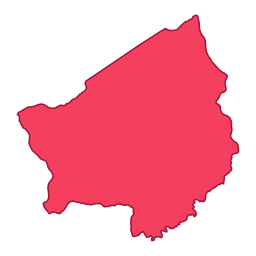 Aparecida do Rio Negro, Tocantins, Brazil
{"feature_id": "56859067B11960662849722", "entity_name": "Aparecida do Rio Negro", "entity_type": "district", "adm_level": 2, "iso_a3": "BRA", "parent_name": "Brazil", "parent_adm1": "Tocantins", "projection": "albers", "projection_center": [-48.002, -9.977], "detail": "fine", "context": "isolated", "style": "filled", "palette": "rose", "viewbox_px": 256, "rotation_deg": 0, "n_neighbors": 0, "source": "geoboundaries", "source_scale": "gbopen_adm2", "svg_char_len": 3901}
<svg xmlns="http://www.w3.org/2000/svg" viewBox="0 0 256 256"><path d="M227.3,75.7L224.4,73.2L222.3,72.2L220.7,71.0L217.8,68.4L213.8,63.8L211.3,61.0L210.5,58.9L208.7,56.8L206.4,51.8L205.6,46.3L205.3,40.9L204.1,37.7L201.1,33.9L200.4,31.9L199.8,30.2L199.5,28.1L199.1,22.5L197.9,17.0L197.1,15.4L195.0,15.5L192.9,16.8L191.8,19.2L189.8,19.4L187.6,21.4L185.5,21.6L182.5,24.3L180.9,25.8L179.7,27.0L178.7,28.2L176.9,29.8L173.3,30.4L171.5,30.6L168.5,30.2L165.2,28.5L140.0,44.6L85.5,81.5L85.2,83.9L86.6,87.3L86.0,89.4L84.2,91.3L82.3,92.3L81.2,93.6L79.4,94.5L77.0,97.2L75.9,98.3L72.4,99.6L70.8,101.2L68.6,103.5L66.5,103.6L65.2,105.2L63.6,105.8L62.0,105.2L59.9,105.4L57.5,106.6L54.8,108.4L52.9,108.1L51.1,108.2L48.1,107.3L46.2,105.9L44.3,104.8L41.7,104.0L39.5,104.4L37.2,105.0L34.8,106.1L31.6,106.8L28.8,107.0L26.5,107.8L25.1,108.8L23.2,109.8L21.9,110.8L18.4,112.5L17.5,114.7L18.9,115.7L19.5,117.3L19.5,119.0L19.2,120.8L20.4,121.9L20.8,124.1L22.4,125.9L22.9,127.7L25.1,128.8L26.5,130.1L27.9,132.0L29.3,134.3L29.6,135.9L29.4,138.3L29.3,140.3L29.0,143.0L29.8,145.4L30.6,147.0L31.4,148.6L32.2,150.3L33.8,151.8L35.5,153.2L37.1,154.7L38.4,156.1L39.9,157.9L41.7,159.5L43.8,160.1L45.8,161.1L46.9,163.1L47.4,164.8L47.9,166.9L48.8,168.8L50.2,170.4L51.4,171.6L52.2,173.5L53.0,175.4L52.8,177.3L52.0,179.1L50.7,180.8L49.5,182.2L48.6,183.9L48.2,185.6L47.9,187.6L48.2,190.2L48.5,192.6L48.7,195.4L48.6,198.2L47.6,200.5L46.3,201.8L44.6,202.2L43.2,203.5L43.9,206.4L45.3,208.6L49.4,213.8L51.4,212.6L53.1,212.0L55.3,212.3L57.1,213.0L58.7,213.6L60.4,213.3L61.7,211.7L63.8,210.3L65.3,208.0L66.4,206.3L67.6,204.3L69.1,202.3L70.6,201.6L73.0,201.1L74.7,201.4L76.4,202.1L78.3,202.2L80.2,202.9L82.4,203.4L84.1,203.5L85.6,204.1L87.3,204.3L88.9,204.5L91.1,204.8L93.7,204.0L96.4,203.6L98.7,203.7L100.4,203.5L102.3,205.1L104.3,206.8L106.4,206.5L108.2,206.6L110.0,205.9L112.7,205.3L115.3,205.7L116.6,204.1L118.4,203.9L120.2,204.3L122.7,204.7L124.1,205.4L125.7,205.1L127.5,204.9L129.4,205.5L130.8,206.9L132.6,207.4L133.6,209.5L133.2,211.8L134.1,213.4L133.2,215.0L132.1,216.2L131.3,217.6L131.0,219.6L130.8,221.7L130.7,224.0L131.4,225.8L131.0,228.2L130.9,230.8L131.7,232.8L132.1,234.6L133.0,236.3L134.7,236.3L136.6,235.8L138.8,235.2L139.7,233.8L141.0,232.8L142.6,231.6L144.3,233.2L145.4,235.3L146.8,237.2L148.7,236.9L150.8,235.7L152.5,237.3L151.5,239.0L151.9,240.6L154.1,240.1L154.7,238.0L156.4,236.7L158.0,236.7L159.7,236.9L161.5,237.7L162.3,235.5L161.5,233.5L160.9,231.9L161.7,230.4L163.2,230.8L164.9,231.6L166.9,231.7L166.6,229.5L165.2,228.2L166.0,226.7L168.3,226.8L170.3,228.4L172.9,228.6L175.1,226.9L176.7,226.6L178.0,224.7L179.7,224.4L179.5,222.6L181.0,222.1L183.1,221.5L185.1,220.7L186.7,219.6L187.1,217.1L188.3,215.2L189.9,214.9L191.5,214.9L193.0,214.3L194.3,216.6L195.7,215.6L196.3,213.6L195.4,211.4L194.2,210.0L192.9,208.7L194.2,207.0L192.4,204.5L193.7,203.6L195.0,202.4L193.7,200.7L194.9,199.7L197.1,199.7L198.9,200.5L200.0,201.7L201.6,200.8L203.5,201.7L204.8,200.7L205.3,199.0L205.6,197.2L205.5,195.6L206.4,193.3L207.6,191.5L209.4,191.5L211.0,189.8L213.2,188.3L215.2,187.1L217.2,185.5L218.9,184.7L220.6,184.0L222.1,183.0L223.5,183.8L223.7,182.0L224.2,179.8L224.3,177.5L224.4,175.8L226.0,175.0L227.3,173.7L229.2,172.6L230.3,171.0L231.6,169.9L231.6,167.8L230.6,166.3L230.8,164.6L231.5,163.1L230.7,160.6L231.4,159.0L231.9,157.0L231.6,155.3L233.4,153.9L235.4,153.4L237.1,153.0L238.5,151.8L238.5,150.1L238.4,148.0L238.1,146.0L237.6,144.3L236.3,142.5L234.5,141.8L233.1,140.4L231.6,138.7L230.6,136.8L230.7,134.7L231.4,132.5L231.9,130.2L231.7,127.7L231.3,125.9L231.6,123.7L231.3,121.6L230.7,119.9L230.0,118.2L228.4,116.7L226.5,115.5L223.9,114.8L221.8,112.9L220.9,111.0L220.2,108.7L220.3,106.5L218.7,104.5L216.4,103.5L216.0,101.2L217.6,99.6L218.9,97.7L219.5,95.9L220.4,94.0L221.7,92.7L223.7,92.2L225.2,91.1L226.2,89.2L225.7,86.7L225.1,84.3L225.0,82.3L225.6,80.2L226.6,78.1L227.3,75.7Z" fill="#f43f5e" stroke="#9f1239" stroke-width="1.5"/></svg>